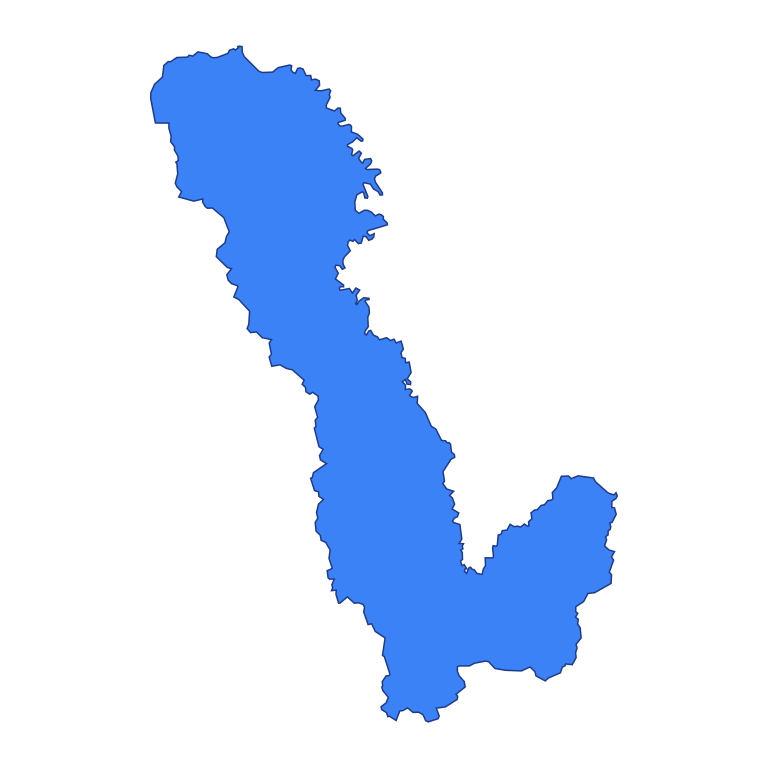 Myawaddy, Kayin, Myanmar
{"feature_id": "60261553B30562402338544", "entity_name": "Myawaddy", "entity_type": "district", "adm_level": 2, "iso_a3": "MMR", "parent_name": "Myanmar", "parent_adm1": "Kayin", "projection": "orthographic", "projection_center": [98.555, 16.566], "detail": "fine", "context": "isolated", "style": "filled", "palette": "blue", "viewbox_px": 768, "rotation_deg": 0, "n_neighbors": 0, "source": "geoboundaries", "source_scale": "gbopen_adm2", "svg_char_len": 6082}
<svg xmlns="http://www.w3.org/2000/svg" viewBox="0 0 768 768"><path d="M178.7,197.0L193.8,201.1L202.8,199.0L202.6,202.0L205.2,206.5L207.3,208.2L212.4,208.0L223.8,217.6L229.2,231.7L226.5,236.5L224.9,242.9L217.2,249.3L216.3,256.7L227.4,267.5L231.5,268.6L226.8,274.8L228.2,280.1L231.5,283.6L237.4,285.7L237.9,286.9L233.8,297.0L238.8,299.5L249.6,311.2L248.8,324.2L247.1,328.6L250.6,332.6L256.5,331.9L262.2,337.7L271.6,339.6L269.2,343.0L271.4,354.3L269.1,357.0L271.8,366.3L280.0,364.8L286.3,368.4L292.5,369.9L304.1,380.2L302.2,384.3L305.5,387.4L305.9,391.7L309.8,394.2L312.7,392.3L318.0,396.0L318.4,399.8L314.7,406.8L317.6,417.3L315.2,420.3L316.0,426.5L314.3,428.1L319.0,446.7L323.1,449.3L319.5,455.6L320.5,459.9L326.5,463.6L313.4,472.7L312.4,477.4L310.6,478.3L314.5,490.5L318.5,491.8L318.9,496.4L323.5,499.5L318.5,504.1L316.5,512.5L317.8,518.2L315.2,522.5L316.1,531.2L320.3,535.3L321.1,540.3L325.7,542.4L330.1,549.9L329.0,558.4L332.3,568.4L327.2,570.7L328.1,577.8L329.5,579.1L334.3,579.0L331.8,584.9L332.7,587.6L331.5,590.7L336.2,590.1L336.0,594.4L338.6,603.2L340.2,603.0L347.3,596.9L354.3,603.2L358.5,602.8L363.0,604.4L364.6,607.1L363.7,611.9L368.1,624.6L371.7,623.8L375.3,631.5L385.1,637.9L382.5,655.5L384.3,656.5L389.9,674.0L389.0,675.7L386.2,675.8L382.2,681.7L382.7,685.7L381.8,687.2L382.9,690.7L388.3,697.3L386.2,702.8L381.1,706.7L381.6,709.6L386.4,712.5L387.9,716.7L389.2,716.1L396.1,720.5L399.8,710.9L402.9,710.6L407.7,707.9L413.0,712.4L418.6,712.2L421.2,713.6L423.2,715.0L425.6,720.6L428.2,721.9L438.1,718.7L439.2,716.0L436.3,708.1L445.4,706.9L457.2,699.4L457.7,696.2L456.0,694.2L465.2,686.9L464.2,681.5L459.2,675.9L457.4,671.6L457.4,666.6L459.3,665.9L469.4,665.9L474.5,663.2L485.6,661.1L488.6,661.7L495.0,668.5L505.5,670.3L521.4,670.9L530.0,667.0L534.9,671.6L536.0,675.9L545.3,680.9L548.4,678.0L560.4,672.8L562.4,667.0L564.9,665.9L565.7,663.9L572.2,664.7L576.1,657.7L575.6,652.7L577.0,648.1L576.1,644.3L581.1,638.0L580.2,627.8L577.6,624.0L578.3,619.3L575.5,617.2L577.8,613.3L575.8,611.8L575.8,606.7L583.6,601.6L588.0,593.4L594.6,592.7L611.1,583.4L611.5,574.7L609.3,572.2L613.6,560.1L611.5,557.0L614.5,551.6L609.2,550.1L604.5,545.9L606.6,539.9L605.6,536.6L608.1,534.9L608.1,531.0L610.2,529.3L610.8,526.4L609.7,523.1L612.0,522.5L616.2,514.3L614.5,507.9L611.8,507.4L611.9,501.2L615.8,498.6L617.3,495.9L616.0,492.7L613.9,495.0L608.0,492.9L595.5,481.8L593.5,478.0L578.1,475.8L571.1,478.7L568.5,476.0L561.4,476.3L556.7,487.8L552.3,492.6L552.9,498.4L551.8,500.0L547.8,500.6L544.5,504.7L541.2,505.4L537.1,509.8L534.7,510.0L531.0,512.9L531.9,518.8L528.6,521.7L528.9,525.9L527.2,526.1L524.4,524.0L520.6,527.1L517.7,526.1L514.2,526.7L510.1,524.3L507.0,530.0L502.3,530.7L501.1,534.2L498.2,535.0L497.3,545.1L496.4,546.2L493.1,545.7L492.6,547.9L493.5,556.6L492.8,557.9L485.2,557.8L485.5,565.9L483.5,568.7L482.1,574.4L477.0,573.5L474.1,569.6L472.2,569.4L470.5,567.2L469.2,567.5L466.5,573.4L464.4,571.2L465.3,568.7L466.8,568.8L464.2,564.6L462.0,565.6L460.5,561.2L462.5,559.4L462.3,552.4L460.7,550.1L462.9,548.9L462.3,546.0L463.5,543.7L459.1,543.5L461.8,539.0L459.9,524.5L453.5,522.5L452.5,521.1L454.3,518.2L457.3,516.7L458.8,513.0L452.1,509.0L454.6,504.2L452.4,498.0L449.6,495.3L453.7,491.3L446.6,488.9L442.8,483.5L444.5,481.2L443.0,471.6L451.1,459.2L454.7,457.3L454.4,454.6L451.5,452.2L450.5,444.1L449.1,442.6L446.9,442.7L445.6,440.8L441.5,440.4L435.8,429.0L431.3,426.3L425.3,412.5L417.2,403.5L417.6,396.3L413.2,397.5L410.5,396.3L409.6,395.1L412.2,391.4L411.5,390.0L409.6,388.9L405.4,389.5L405.5,385.1L402.3,381.7L405.3,379.5L407.1,384.1L410.5,384.6L410.7,381.9L407.2,378.8L411.1,372.6L409.2,362.0L405.6,362.8L405.2,358.4L402.0,357.5L401.0,352.5L403.4,349.1L401.1,341.1L396.2,343.0L394.0,339.1L390.5,340.5L386.6,337.7L379.5,339.8L377.5,336.9L373.4,335.1L370.7,330.4L368.7,331.1L366.4,335.0L364.8,333.8L364.9,331.5L368.2,326.7L367.8,317.2L369.4,313.1L368.9,307.0L365.1,301.5L365.7,300.2L369.1,299.4L368.9,298.3L363.8,297.7L359.4,300.8L356.8,304.5L355.6,303.7L357.3,300.4L356.1,295.3L359.7,290.1L355.9,288.0L352.4,293.1L349.4,288.5L340.0,290.3L339.3,288.1L340.3,286.8L343.6,286.8L343.6,285.1L335.4,278.9L338.3,273.2L334.9,267.1L335.9,265.2L339.8,265.7L342.3,269.3L345.0,267.9L343.1,264.2L342.9,260.2L344.3,257.0L350.3,250.8L347.5,245.3L348.1,242.0L350.0,240.1L352.9,241.4L354.6,239.6L358.4,243.6L361.3,243.0L363.2,236.1L366.2,236.8L368.7,240.3L371.9,239.2L373.7,237.1L374.2,233.7L370.0,235.7L367.0,232.8L367.8,230.7L387.4,224.8L387.1,222.9L383.3,219.2L383.4,216.5L381.2,214.7L379.1,214.1L375.2,215.9L371.3,212.0L367.4,210.3L364.2,210.3L358.9,213.3L355.3,210.3L354.8,201.9L356.9,194.7L362.4,191.8L363.8,193.0L364.8,197.9L367.3,198.2L367.9,196.6L363.0,184.1L364.0,182.7L370.4,184.1L373.5,189.0L378.1,191.6L380.1,195.1L382.4,194.9L382.5,193.0L375.4,182.1L374.5,178.9L375.5,176.2L380.7,173.0L380.6,171.8L379.6,169.7L377.6,169.1L367.0,169.5L365.5,168.4L370.6,163.9L371.7,160.8L370.6,158.6L364.6,159.4L362.7,163.1L361.1,162.0L358.6,158.3L361.4,153.2L359.1,151.0L352.9,155.8L351.6,154.7L352.7,150.0L351.9,148.4L347.5,146.3L347.6,144.6L352.7,141.8L356.7,137.8L361.1,141.2L362.7,140.9L363.0,139.1L357.6,134.2L351.4,132.0L351.5,126.3L350.5,125.1L348.9,124.4L342.0,126.2L339.9,125.9L338.0,123.8L338.2,122.5L345.2,120.3L345.2,118.3L340.8,113.1L340.3,108.2L338.0,108.0L334.5,111.0L326.1,107.8L326.4,104.7L330.1,97.3L329.3,94.5L330.7,90.8L329.1,89.0L320.8,90.9L315.4,90.3L319.6,85.2L319.2,80.8L315.6,79.1L311.5,79.8L310.7,75.5L306.0,75.6L303.1,69.1L299.9,67.9L297.6,68.5L295.4,73.3L292.9,72.4L291.0,69.7L291.7,65.8L289.9,65.0L278.2,67.6L272.6,72.1L262.4,72.5L259.0,71.4L244.4,56.8L242.3,52.5L242.1,46.7L239.5,46.1L237.8,46.6L238.4,47.5L235.4,50.1L233.7,48.8L229.5,50.2L227.9,53.4L217.7,57.3L213.4,57.8L210.7,56.9L207.3,53.7L197.9,51.9L192.8,56.1L189.1,55.2L187.5,57.1L176.8,57.5L170.6,61.7L168.2,61.6L163.9,65.4L162.4,77.1L154.6,84.2L150.9,92.6L150.7,98.4L155.4,123.0L168.9,123.1L168.9,128.2L171.1,136.1L170.7,141.8L174.5,146.7L174.5,150.1L178.0,156.3L178.2,160.6L175.8,162.2L176.9,163.8L177.7,173.8L175.3,183.2L176.9,186.8L181.6,191.7L178.7,197.0Z" fill="#3b82f6" stroke="#1e3a8a" stroke-width="1.5"/></svg>